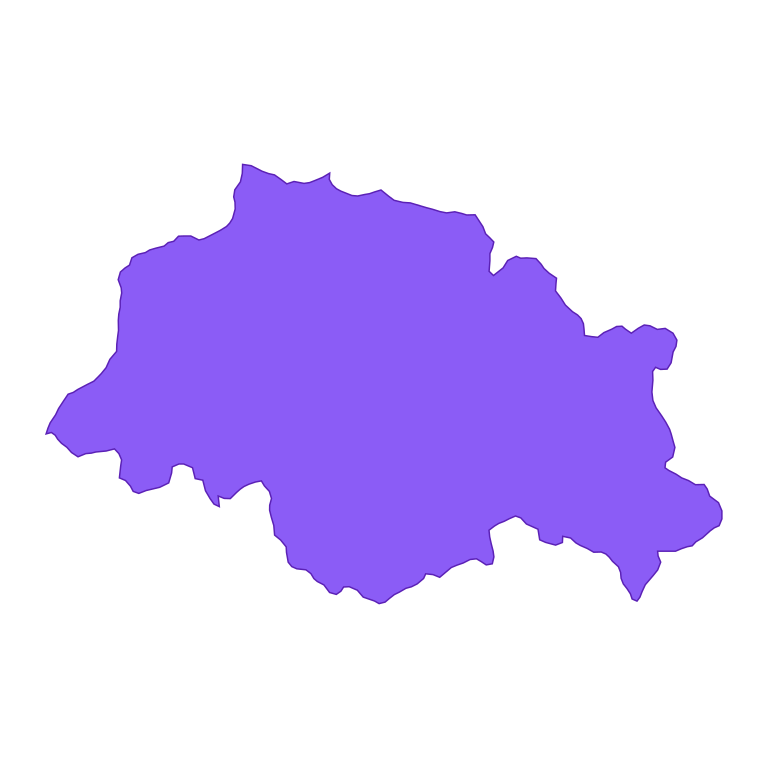 Santa Rita do Passa Quatro, São Paulo, Brazil
{"feature_id": "56859067B91361452731504", "entity_name": "Santa Rita do Passa Quatro", "entity_type": "district", "adm_level": 2, "iso_a3": "BRA", "parent_name": "Brazil", "parent_adm1": "São Paulo", "projection": "orthographic", "projection_center": [-47.502, -21.677], "detail": "fine", "context": "isolated", "style": "filled", "palette": "violet", "viewbox_px": 768, "rotation_deg": 0, "n_neighbors": 0, "source": "geoboundaries", "source_scale": "gbopen_adm2", "svg_char_len": 3817}
<svg xmlns="http://www.w3.org/2000/svg" viewBox="0 0 768 768"><path d="M363.2,597.1L374.5,601.0L379.1,603.6L385.1,602.1L389.2,598.6L394.3,594.6L399.2,592.2L405.9,588.3L411.4,586.8L417.2,583.9L423.6,578.5L425.7,573.8L433.0,574.6L439.7,577.3L451.3,567.5L457.1,565.1L463.2,563.0L470.1,559.5L476.5,558.8L480.9,561.4L486.2,564.9L492.3,563.8L493.9,556.9L493.1,551.1L491.2,543.7L489.7,536.9L489.0,530.2L494.5,526.0L498.8,523.4L504.2,521.3L509.3,518.7L515.5,516.0L520.8,517.9L526.4,524.0L538.0,529.2L539.7,539.8L545.6,542.4L555.6,545.1L562.4,542.5L562.7,536.3L570.6,538.0L575.9,542.9L580.2,545.4L587.3,548.5L593.7,552.2L601.2,552.0L605.9,554.0L609.3,557.2L612.5,561.3L618.4,566.7L620.6,572.4L621.1,578.3L623.3,583.9L627.0,588.6L630.4,593.8L632.1,599.0L637.0,601.1L639.9,597.2L642.1,591.6L645.3,584.7L653.2,575.5L657.7,569.9L660.7,562.1L658.1,556.0L657.6,551.2L664.3,551.2L675.5,551.2L681.4,548.7L687.3,546.7L692.2,545.8L695.9,541.8L702.5,537.8L710.1,530.9L714.3,527.8L719.1,525.7L721.9,518.9L721.9,510.9L718.5,502.7L709.7,496.1L707.2,489.0L704.1,484.5L695.4,484.7L688.6,480.6L681.7,477.9L676.1,474.2L668.9,470.5L665.0,467.8L665.6,462.2L672.7,457.0L674.9,447.4L673.2,441.5L671.2,434.1L669.6,429.3L665.7,422.1L661.7,415.9L656.1,407.9L652.9,400.5L651.9,392.0L652.9,380.2L652.6,371.5L655.6,367.3L660.5,369.4L667.1,369.1L671.1,362.8L673.1,352.0L676.0,346.4L676.9,340.1L673.0,333.2L665.2,328.4L657.3,329.4L650.0,325.8L644.2,325.0L638.4,328.2L631.3,333.2L625.5,329.2L622.0,326.2L616.6,326.5L611.7,329.2L603.9,332.6L597.8,337.3L591.4,336.6L584.5,335.5L584.0,329.0L583.4,323.6L581.1,318.6L577.6,315.0L572.5,311.7L565.4,305.1L560.9,298.0L555.5,290.9L556.0,283.3L556.5,278.2L549.1,273.2L544.0,268.5L541.1,264.2L536.0,258.6L526.9,257.9L520.7,258.2L516.3,256.3L507.7,260.5L503.1,267.9L493.5,275.5L489.1,271.3L489.9,260.7L489.9,253.6L492.5,247.5L493.8,242.0L489.8,237.8L485.6,233.8L482.9,226.7L475.1,214.8L466.7,215.0L461.9,213.5L454.8,211.8L446.6,212.9L440.0,211.6L432.6,209.3L426.5,207.7L421.1,206.1L410.3,202.9L402.9,202.4L394.1,200.3L388.5,196.1L381.0,190.0L374.7,191.9L369.5,193.7L364.7,194.5L357.7,196.0L351.9,195.5L340.8,191.1L336.4,188.7L332.2,184.7L329.3,179.4L329.7,173.1L322.7,177.3L315.0,180.5L309.6,182.6L304.0,183.4L294.0,181.5L286.8,183.9L281.3,179.7L274.5,174.9L268.6,173.6L262.0,171.2L251.2,165.7L242.6,164.4L242.3,173.4L240.4,181.9L234.8,189.8L233.7,196.9L235.0,202.2L235.2,209.0L232.6,218.5L229.8,223.0L226.5,226.5L220.2,230.4L212.7,234.3L204.1,238.7L198.9,240.0L190.8,236.0L184.2,236.0L178.5,236.2L173.7,241.3L168.2,242.6L164.1,246.1L155.7,248.2L149.6,250.0L145.4,252.6L138.0,254.3L131.9,257.8L129.5,265.1L125.0,268.0L120.4,272.0L118.2,279.7L121.2,287.8L121.7,293.0L120.2,300.8L120.2,307.3L118.8,314.1L118.3,320.3L118.5,330.5L117.7,336.4L116.8,344.3L116.6,351.4L109.9,359.3L106.1,367.7L101.1,373.8L97.4,377.6L93.8,381.2L87.4,384.4L81.9,387.3L77.7,389.5L73.3,392.4L68.1,394.2L63.6,400.9L58.6,408.5L55.6,414.8L50.2,422.8L48.0,428.1L46.1,433.9L51.4,432.5L55.2,435.2L57.7,439.2L61.5,443.3L66.9,447.3L71.5,452.5L78.0,456.8L85.8,453.6L91.4,453.1L95.8,452.0L106.2,451.0L114.5,448.9L118.9,453.6L121.6,459.9L120.7,466.0L119.4,477.9L125.5,480.5L130.4,486.1L133.2,491.4L138.8,493.4L146.2,490.5L159.7,487.3L168.7,482.9L171.6,473.0L172.2,466.9L178.9,464.0L183.7,464.0L192.5,467.7L195.2,478.6L202.8,480.2L205.5,490.8L210.1,498.6L214.0,504.1L219.3,506.6L218.2,496.0L224.2,498.4L230.3,498.6L236.7,492.3L240.3,489.1L244.0,486.5L248.9,484.2L255.5,482.0L261.4,480.9L264.4,485.9L269.4,491.4L271.5,498.5L269.7,505.2L269.6,510.2L271.3,517.1L273.8,525.5L274.6,535.1L280.6,540.0L286.2,546.9L286.5,552.4L288.2,562.2L291.8,566.6L296.8,568.8L305.9,569.8L310.9,573.6L313.9,578.6L317.3,581.5L323.9,584.9L329.6,592.5L336.3,594.4L340.9,591.2L343.6,587.0L349.2,586.7L357.3,590.2L363.2,597.1Z" fill="#8b5cf6" stroke="#5b21b6" stroke-width="1.5"/></svg>